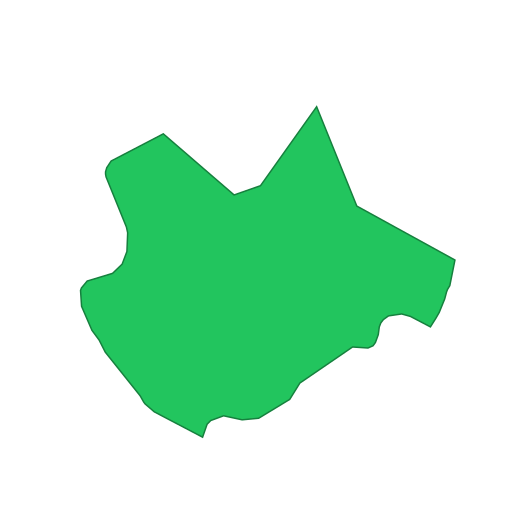 SVG path tracing the border of Sutton, rotated 156°
{"feature_id": "GBR-2076", "entity_name": "Sutton", "entity_type": "London Borough", "adm_level": 1, "iso_a3": "GBR", "parent_name": "United Kingdom", "parent_adm1": "", "projection": "mercator", "projection_center": [-0.168, 51.354], "detail": "fine", "context": "isolated", "style": "filled", "palette": "green", "viewbox_px": 512, "rotation_deg": 156, "n_neighbors": 0, "source": "natural_earth", "source_scale": "10m", "svg_char_len": 815}
<svg xmlns="http://www.w3.org/2000/svg" viewBox="0 0 512 512"><g transform="rotate(156 256 256)"><path d="M319.6,106.7L335.3,112.0L350.6,123.2L364.3,124.1L369.1,122.2L378.5,112.2L412.3,155.0L417.5,166.0L418.0,168.3L418.7,175.4L432.8,229.4L433.5,243.0L436.1,254.8L435.8,281.0L430.3,295.9L428.5,297.8L420.4,301.8L394.1,298.5L381.6,303.0L372.1,312.6L363.8,329.4L362.6,335.2L360.8,389.3L360.1,392.1L359.2,394.1L356.4,397.4L349.7,401.7L291.0,405.3L251.2,320.7L223.3,318.4L139.9,367.7L143.6,260.6L75.9,171.4L91.0,150.1L94.6,147.6L96.6,145.6L101.1,140.0L111.6,129.9L117.1,125.9L125.5,120.3L139.5,138.0L146.5,143.8L159.3,147.4L165.5,146.1L169.2,144.1L172.2,141.1L176.3,134.4L182.1,128.4L185.6,126.4L191.1,126.4L204.8,133.6L267.6,122.1L283.5,111.3L319.6,106.7Z" fill="#22c55e" stroke="#15803d" stroke-width="1.5"/></g></svg>